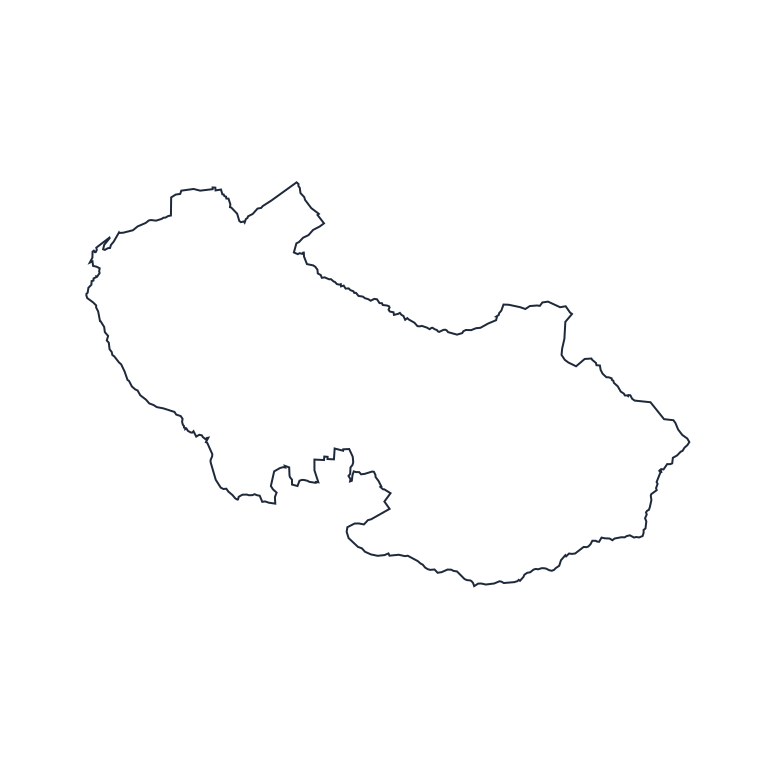 Golesti, Vâlcea, Romania, rotated 100°
{"feature_id": "2599482B46640731791871", "entity_name": "Golesti", "entity_type": "district", "adm_level": 2, "iso_a3": "ROU", "parent_name": "Romania", "parent_adm1": "Vâlcea", "projection": "mercator", "projection_center": [24.467, 45.11], "detail": "fine", "context": "isolated", "style": "outline", "palette": "slate", "viewbox_px": 768, "rotation_deg": 100, "n_neighbors": 0, "source": "geoboundaries", "source_scale": "gbopen_adm2", "svg_char_len": 6140}
<svg xmlns="http://www.w3.org/2000/svg" viewBox="0 0 768 768"><g transform="rotate(100 384 384)"><path d="M432.5,628.1L433.2,625.5L437.4,622.1L440.8,615.6L443.9,611.8L444.7,607.3L446.2,603.8L446.3,597.2L447.9,585.5L450.2,583.3L450.9,578.6L453.3,576.3L456.3,576.3L459.1,575.0L460.0,573.8L461.6,573.4L461.9,571.8L462.9,571.8L462.2,570.8L464.2,569.0L465.3,565.9L465.1,564.3L463.6,563.4L468.4,559.8L466.1,557.1L466.2,554.5L467.7,553.2L469.4,550.1L468.0,549.2L467.4,547.7L472.2,549.3L472.6,547.9L482.9,540.9L485.1,540.7L489.3,541.6L491.3,541.1L507.5,533.1L514.4,526.8L515.3,523.9L514.5,521.1L517.0,518.6L519.7,513.9L522.5,510.6L523.3,508.3L523.0,507.7L520.3,507.5L517.6,504.2L516.7,499.8L517.0,498.1L516.4,494.6L515.0,492.2L515.6,489.8L515.6,487.0L521.2,483.4L520.3,480.8L520.9,476.7L520.7,470.3L514.3,471.8L509.6,470.9L507.0,475.1L504.1,477.7L489.1,477.0L484.8,471.8L483.4,468.9L483.4,466.7L481.8,467.5L482.6,462.9L490.4,461.2L492.0,460.5L494.2,458.0L499.0,457.1L499.5,451.5L493.9,450.4L492.7,448.2L492.4,446.4L492.6,442.6L493.3,440.6L493.2,434.1L492.3,434.1L492.2,431.6L481.1,437.5L470.5,439.4L469.3,429.9L465.8,430.2L465.5,426.9L467.7,426.6L466.9,420.2L456.1,421.4L456.8,412.7L455.4,412.8L454.1,407.0L461.0,402.2L466.4,400.7L469.2,401.0L472.0,402.5L478.5,401.7L480.7,403.0L483.5,400.5L485.8,400.5L484.9,398.9L479.2,399.2L475.3,398.6L475.6,396.4L475.1,393.1L476.9,390.9L475.9,387.5L472.3,380.5L472.2,378.7L475.1,376.6L477.0,376.2L480.5,372.5L485.3,368.9L486.0,369.7L487.9,366.6L487.7,365.4L490.4,358.6L499.7,363.2L506.0,356.8L519.4,373.1L520.9,376.2L525.8,379.4L525.7,384.4L526.5,388.7L531.4,395.2L536.1,395.1L541.9,392.1L548.9,381.4L549.7,377.2L552.5,373.6L554.1,367.3L554.3,360.4L552.4,353.8L550.1,350.2L552.1,348.8L549.6,339.8L549.9,333.5L549.0,330.8L552.5,320.1L554.6,316.5L555.1,314.6L557.7,311.5L558.8,308.6L559.0,306.2L557.9,302.0L560.6,298.4L559.3,294.6L555.7,289.2L555.2,285.5L556.0,283.0L555.9,279.6L562.1,270.8L562.7,268.4L562.5,264.7L563.0,263.5L564.5,261.7L567.4,260.1L564.2,256.6L563.6,253.5L563.8,248.9L561.3,240.8L558.2,236.0L558.3,233.9L559.2,231.5L556.5,221.3L555.0,218.4L553.5,217.3L554.2,215.9L549.8,213.2L547.4,212.6L545.1,210.2L544.0,207.3L540.9,204.6L539.8,202.6L539.7,200.0L538.0,196.7L537.7,194.7L537.6,192.6L538.7,188.8L538.8,186.3L537.4,184.1L535.6,183.0L532.6,179.9L526.8,179.1L521.1,175.7L522.1,174.7L518.8,172.3L518.7,169.4L517.7,166.3L509.8,159.1L509.5,156.2L508.5,154.5L505.9,152.8L502.2,151.6L501.6,148.1L502.1,147.4L502.1,144.8L497.5,143.1L497.6,139.6L497.0,135.0L498.2,132.0L496.1,130.0L493.7,123.7L493.2,120.3L491.7,118.7L490.3,115.6L491.8,111.1L490.9,109.2L490.8,106.1L488.8,102.9L485.5,102.5L482.6,103.0L480.9,101.4L473.7,101.8L470.9,103.6L466.9,102.6L464.9,103.7L463.2,102.9L461.9,101.3L459.1,100.8L451.9,100.5L447.6,101.9L446.1,101.7L441.2,97.0L439.3,98.0L434.8,97.2L433.2,98.5L423.0,96.4L422.6,95.6L421.8,96.0L422.0,97.5L421.6,97.8L419.7,96.3L419.6,93.9L413.7,91.2L413.2,88.1L412.1,86.4L406.5,86.7L403.5,83.0L399.2,80.1L398.0,78.4L394.5,77.0L391.5,74.6L388.2,73.2L385.0,75.9L382.4,81.4L377.7,86.5L371.8,90.2L369.4,92.7L370.0,102.1L355.7,118.4L356.8,134.3L355.5,137.0L352.3,139.5L352.5,141.4L353.5,141.5L353.1,142.3L353.4,144.9L351.9,146.0L350.3,149.6L345.7,153.4L343.0,157.7L340.9,158.8L340.4,160.3L338.9,160.8L338.4,163.7L338.7,166.2L335.9,170.5L332.5,173.1L328.3,174.6L328.6,178.0L326.4,179.0L324.1,183.1L322.9,184.2L324.5,190.7L333.2,197.9L330.8,206.2L328.8,210.2L324.5,214.2L318.2,214.7L308.1,214.2L291.3,216.2L282.4,211.0L281.3,213.2L275.9,218.6L277.8,223.9L274.4,236.8L276.2,242.2L280.0,244.1L280.1,246.9L281.9,253.9L285.6,257.8L284.7,263.3L284.3,274.9L285.0,280.1L291.4,281.2L294.2,282.9L296.1,283.0L298.0,285.0L298.0,284.4L301.7,284.7L306.4,292.0L311.9,298.8L313.1,303.1L315.8,307.5L316.6,312.7L318.2,315.0L320.3,315.8L322.7,320.7L321.8,329.9L320.3,331.6L319.9,333.1L320.4,334.9L323.1,338.7L322.8,340.1L321.6,341.4L321.3,343.6L320.2,345.9L320.5,347.0L322.1,348.6L321.0,351.6L320.2,356.8L321.0,358.6L321.2,361.1L318.4,364.6L316.1,371.0L315.1,372.5L317.1,374.3L313.6,376.7L312.9,378.8L311.2,380.7L312.5,382.3L314.2,386.2L311.7,387.1L311.7,390.6L310.9,391.7L309.9,392.4L307.6,391.8L306.6,392.6L306.2,394.5L306.4,399.0L304.8,400.0L305.1,402.5L301.8,405.6L301.9,408.4L304.3,411.6L303.2,414.2L302.8,417.7L301.6,420.0L301.7,424.4L299.1,427.4L299.4,429.2L298.0,430.2L297.4,433.4L296.0,435.4L296.7,438.4L294.1,440.8L295.3,443.3L293.2,443.9L293.9,445.2L293.8,447.7L292.0,450.1L291.8,451.4L290.0,454.4L290.4,456.3L289.3,460.9L290.2,463.7L287.7,465.2L286.6,468.4L283.0,469.4L280.5,472.0L279.5,474.3L279.3,480.7L272.4,484.9L268.5,485.8L268.7,486.5L270.0,487.1L269.8,489.8L271.1,491.4L270.1,495.6L260.7,494.7L258.9,492.3L254.0,489.1L250.5,484.2L244.6,480.6L240.0,474.6L236.2,471.0L229.1,478.8L227.8,477.7L223.4,486.2L216.4,493.7L213.8,495.0L210.5,499.4L205.5,501.0L203.8,502.7L202.0,502.9L200.6,505.1L222.9,526.8L229.9,534.4L231.9,535.5L233.2,539.0L239.3,542.8L242.5,547.0L244.2,547.3L245.6,548.7L249.3,549.3L248.3,550.3L249.5,553.0L248.6,554.8L241.8,558.2L236.8,565.0L236.6,566.4L233.8,566.5L228.5,569.3L228.7,571.5L226.9,572.1L226.7,573.8L225.2,574.8L225.3,576.1L220.8,578.3L222.6,583.5L219.9,584.2L220.2,586.9L221.9,586.6L225.5,598.6L225.0,605.4L228.8,617.2L232.2,617.7L233.6,622.0L237.2,626.0L255.1,623.1L256.0,625.6L258.0,628.0L258.6,630.2L260.0,631.6L262.7,636.8L263.0,642.0L263.8,644.0L266.8,646.7L271.6,654.0L276.2,658.0L280.3,667.1L281.2,671.0L280.8,671.3L290.7,674.9L294.6,677.1L297.6,677.4L298.2,679.5L300.4,682.2L300.1,684.0L295.5,683.7L288.0,679.5L287.5,679.8L299.7,691.0L301.8,690.1L304.2,690.8L304.4,691.6L303.1,692.9L304.3,694.0L310.2,693.1L315.5,694.8L313.8,692.4L318.2,691.0L318.4,687.5L319.4,684.1L322.5,684.1L324.1,683.3L327.7,685.0L327.9,686.0L328.5,685.6L330.4,688.3L332.6,688.1L333.4,689.8L337.1,689.4L340.5,691.8L345.6,691.7L346.8,692.7L348.5,692.5L350.9,691.2L354.1,684.7L356.6,681.1L358.6,680.8L362.2,678.1L371.4,674.6L371.4,674.0L376.4,669.5L381.4,667.9L384.6,664.0L389.3,664.6L391.1,662.2L397.4,660.3L399.8,657.7L402.7,656.5L403.5,654.6L408.9,648.6L410.2,646.3L416.8,641.6L424.5,637.3L425.3,635.6L430.2,631.9L432.5,628.1Z" fill="none" stroke="#1e293b" stroke-width="2"/></g></svg>